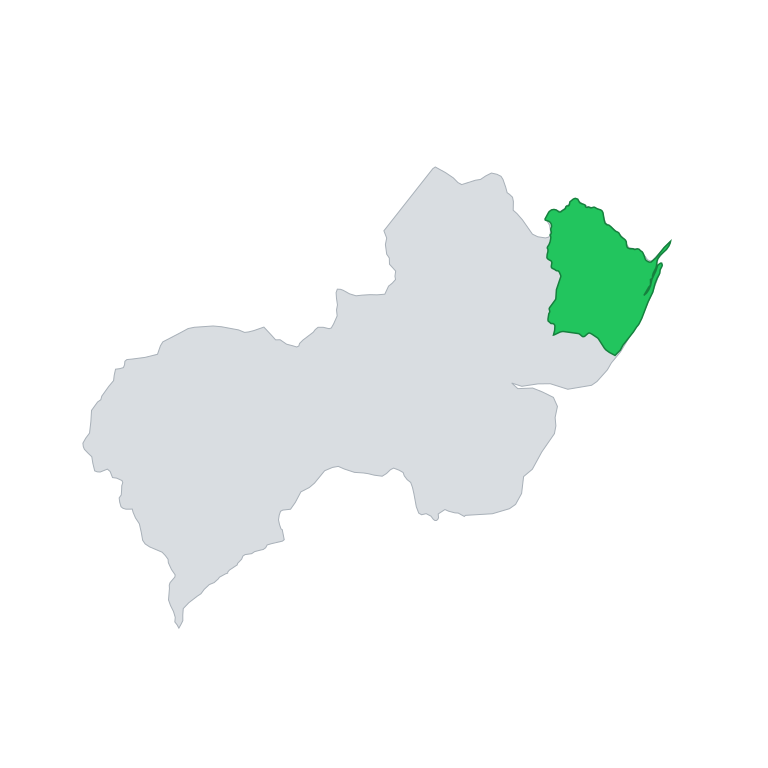 Guyana, with Barima-Waini highlighted, rotated 80°
{"feature_id": "GUY-675", "entity_name": "Barima-Waini", "entity_type": "Region", "adm_level": 1, "iso_a3": "GUY", "parent_name": "Guyana", "parent_adm1": "", "projection": "orthographic", "projection_center": [-59.909, 7.754], "detail": "fine", "context": "in_parent", "style": "filled", "palette": "green", "viewbox_px": 768, "rotation_deg": 80, "n_neighbors": 0, "source": "natural_earth", "source_scale": "10m", "svg_char_len": 6451}
<svg xmlns="http://www.w3.org/2000/svg" viewBox="0 0 768 768"><g transform="rotate(80 384 384)"><path d="M233.1,357.5L215.5,337.8L197.8,318.0L180.4,298.5L179.2,295.8L186.6,286.6L193.1,279.9L198.5,276.2L201.1,272.9L199.2,258.6L199.3,253.4L196.8,247.8L194.9,241.6L197.1,236.3L199.8,232.7L203.2,231.3L211.3,230.0L217.0,229.5L219.1,227.4L222.4,225.0L226.8,224.9L235.3,226.6L239.2,223.5L246.3,219.2L262.2,211.8L265.7,207.0L268.2,199.6L267.9,196.1L266.3,194.7L262.4,193.5L256.4,193.3L251.5,195.2L246.6,194.2L242.4,189.6L242.2,185.8L244.6,180.4L243.2,176.9L235.3,165.5L235.4,162.4L241.1,157.3L244.4,153.0L248.9,142.7L252.4,139.2L263.4,138.0L266.2,135.8L271.9,130.4L280.2,124.1L292.3,119.2L295.7,110.1L297.9,107.6L307.5,102.8L309.1,100.3L308.9,98.1L293.5,77.7L296.6,79.1L308.5,92.4L315.1,95.2L316.5,95.3L316.6,91.9L322.6,93.3L338.3,102.4L361.2,117.4L393.5,145.6L402.7,156.4L408.8,161.5L418.5,173.8L421.3,179.8L421.1,203.9L412.6,220.2L410.6,232.4L410.2,248.7L405.2,258.1L411.8,253.0L413.8,238.3L419.4,229.3L426.6,219.5L436.2,217.1L446.7,221.3L455.1,222.0L462.5,224.8L478.3,240.4L493.7,252.7L499.4,262.6L515.7,267.5L525.4,275.3L528.6,282.1L530.6,299.8L527.5,326.6L528.4,327.9L524.0,333.3L523.2,336.6L520.4,342.6L518.2,345.8L521.4,353.2L525.1,353.5L526.5,354.4L527.5,355.9L527.3,357.5L525.9,358.9L522.3,360.7L519.0,365.0L519.3,369.7L517.2,372.2L510.5,373.5L497.3,373.6L490.8,373.9L485.6,374.8L482.2,377.8L477.9,380.0L474.5,380.5L471.5,384.1L468.5,389.1L469.5,392.5L472.6,397.1L474.5,401.8L472.1,409.4L469.5,415.3L468.0,419.8L465.9,428.4L460.8,437.9L457.2,443.3L457.2,449.2L459.1,457.5L469.5,469.6L472.9,475.4L475.8,484.6L485.2,491.9L491.1,497.8L490.6,505.6L491.4,508.0L495.0,510.0L499.5,511.5L504.4,511.3L508.8,510.6L509.8,509.5L520.0,509.3L521.1,511.3L521.7,522.5L522.2,527.0L524.6,528.9L526.0,531.6L526.1,534.2L526.6,540.5L528.1,543.8L527.9,550.5L529.0,552.9L531.8,554.6L535.3,559.4L536.7,560.0L537.4,561.7L540.4,568.5L542.0,570.5L543.1,570.8L543.5,573.2L545.7,579.6L547.2,581.1L550.1,585.8L551.2,590.9L555.0,596.7L558.8,600.7L560.6,604.9L565.5,614.2L570.3,620.7L576.7,622.3L582.1,623.2L585.5,625.7L588.8,628.4L585.2,629.6L582.0,631.3L577.6,630.1L571.5,630.8L565.1,632.7L559.2,633.7L548.1,630.8L544.8,630.4L542.5,629.2L537.8,623.5L535.7,622.8L529.8,625.5L522.6,627.4L519.1,627.1L515.0,629.1L511.1,631.7L503.8,643.0L500.0,647.0L496.0,648.8L487.8,648.8L479.2,649.2L472.7,652.0L466.6,653.4L463.5,653.6L462.5,659.8L461.1,662.6L459.2,664.3L454.5,664.8L450.2,664.6L447.6,662.0L442.8,660.8L438.6,659.9L435.8,658.4L433.6,658.8L431.8,661.4L430.3,663.6L429.0,667.6L422.6,668.9L419.8,671.2L421.4,678.8L420.7,681.7L419.3,684.0L411.5,684.5L404.9,684.4L401.1,687.2L396.3,690.4L393.4,691.0L390.0,690.8L385.5,687.1L381.2,682.5L370.1,679.2L359.2,676.6L352.0,669.2L350.3,665.6L346.9,664.0L338.4,655.3L333.7,649.7L328.6,648.2L322.8,645.8L323.0,641.7L322.6,637.8L320.1,636.2L316.6,635.2L315.3,633.0L315.7,627.8L316.3,614.6L315.4,601.9L307.5,597.5L304.1,594.5L298.2,575.7L295.4,567.3L295.2,561.0L297.2,542.2L299.4,534.1L305.5,517.8L309.0,512.3L309.2,508.2L308.8,502.9L307.1,492.4L317.3,485.8L321.7,483.1L322.4,478.6L327.9,473.0L330.3,467.7L332.4,463.5L331.8,461.3L329.4,460.1L326.6,456.1L320.7,444.6L318.5,442.3L316.7,439.1L317.6,434.0L320.0,428.5L319.7,426.2L316.1,423.2L308.8,418.3L302.8,417.9L298.1,416.1L291.2,415.9L285.7,415.3L282.5,413.5L283.2,410.4L284.5,408.1L289.2,402.3L292.3,396.2L292.7,390.1L293.6,382.2L295.0,375.3L295.7,367.6L288.4,362.5L286.1,358.3L283.1,354.5L279.8,354.5L274.8,352.9L267.0,357.8L260.9,356.9L256.6,358.8L246.9,358.4L240.7,356.0L233.1,357.5Z" fill="#d9dde1" stroke="#a8b0b8" stroke-width="1"/><path d="M289.3,121.0L291.1,120.9L292.5,120.1L293.4,118.6L294.1,115.2L295.0,114.0L295.1,113.0L294.9,112.1L294.9,110.9L295.5,109.5L297.7,107.9L298.5,106.9L300.0,106.2L304.1,105.3L305.8,105.2L307.5,104.6L309.1,103.1L310.2,101.3L310.2,99.6L306.9,94.2L298.3,84.5L293.2,77.0L294.9,77.7L297.6,79.5L300.6,82.5L305.3,89.8L308.4,92.8L310.8,94.0L314.8,95.1L316.9,96.1L321.4,99.5L323.8,100.7L326.3,101.3L327.0,102.5L327.3,103.4L327.6,103.5L328.1,103.5L332.8,104.4L333.4,105.0L334.5,106.4L341.9,112.7L340.0,109.6L337.1,106.8L333.6,104.5L327.4,101.9L319.8,96.6L314.7,93.9L314.1,93.0L313.0,90.7L313.2,89.6L315.2,89.3L316.5,89.9L319.5,92.2L322.8,93.2L324.5,94.4L327.2,96.6L332.6,99.9L340.2,103.3L349.0,109.7L364.1,118.7L369.1,122.4L370.3,123.6L371.6,125.2L376.0,129.3L387.4,142.1L391.7,145.4L394.1,148.9L396.0,151.5L392.0,156.6L388.9,159.6L387.1,160.7L377.0,164.9L375.8,165.6L370.9,170.7L369.9,172.0L369.4,173.0L369.4,173.6L369.6,174.2L369.9,174.8L371.4,177.3L371.8,177.9L372.0,178.5L372.0,179.2L371.9,180.0L371.3,180.7L369.2,182.4L368.5,183.1L368.1,183.8L363.5,198.0L363.3,199.1L363.3,200.3L363.4,201.5L365.1,207.6L365.2,208.6L360.7,206.6L356.9,205.7L356.3,205.6L355.7,205.7L354.7,206.1L354.3,206.5L354.0,206.8L353.8,207.3L353.5,208.8L353.3,209.2L352.3,209.9L350.5,211.4L349.6,211.4L348.4,211.2L343.4,209.5L342.2,208.5L341.7,208.3L341.1,208.1L338.7,208.3L338.1,208.0L337.6,207.7L330.7,200.5L330.1,200.1L329.6,199.9L321.0,197.8L308.9,191.2L308.1,191.1L306.9,191.3L304.4,191.9L303.4,192.4L302.8,192.9L302.7,193.4L302.4,194.4L302.0,195.0L300.8,196.1L300.4,196.7L299.6,197.8L299.1,198.4L298.5,198.8L297.8,198.9L297.0,198.8L293.7,197.6L292.4,197.8L291.7,198.2L291.2,198.7L290.9,199.2L290.5,199.8L289.9,200.3L289.4,200.9L288.8,201.3L288.3,201.5L287.7,201.6L284.7,200.8L282.1,199.6L280.7,199.3L279.7,199.2L278.6,199.6L278.0,199.5L277.3,199.1L275.4,197.3L272.8,195.7L269.8,194.6L268.4,194.2L267.0,194.3L266.1,194.5L265.1,193.4L264.1,192.9L263.0,192.8L261.6,193.0L260.4,192.9L259.5,192.5L258.7,191.9L257.7,191.5L255.5,191.5L253.7,192.2L252.4,193.4L250.6,196.7L249.5,196.8L243.7,192.2L242.8,191.3L241.6,188.8L241.6,186.3L242.6,184.0L244.6,182.2L245.0,181.6L245.2,181.0L245.2,180.3L245.0,179.6L244.3,178.5L243.4,176.2L242.8,175.1L242.2,174.6L241.4,174.3L240.8,173.9L240.4,173.1L240.5,172.4L240.6,171.9L240.5,171.4L240.2,170.8L239.0,170.0L237.9,169.7L236.9,169.3L234.9,165.8L234.5,164.5L234.4,163.3L235.6,161.1L239.3,159.9L240.6,158.3L241.8,156.1L242.6,155.0L243.1,154.6L244.3,154.8L245.1,154.2L245.4,153.2L245.2,151.9L246.5,149.7L246.5,148.7L246.3,147.2L246.3,146.4L246.7,145.7L248.6,143.4L250.2,140.3L251.4,139.2L253.3,138.6L260.3,138.7L263.9,138.4L265.9,136.9L266.6,134.9L268.4,133.3L272.4,130.5L272.8,130.2L274.0,129.1L274.8,127.8L275.8,126.6L279.8,125.1L281.2,123.9L282.6,122.5L284.3,121.2L286.0,120.7L289.3,121.0Z" fill="#22c55e" stroke="#15803d" stroke-width="1.5"/></g></svg>